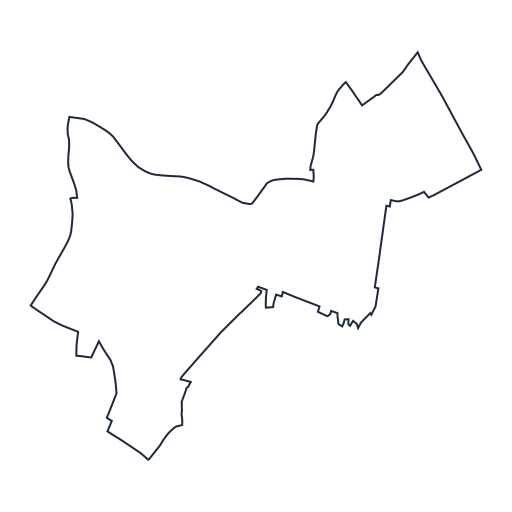 the district of Ba Dinh, Ha Noi, Vietnam
{"feature_id": "81297802B78295235973409", "entity_name": "Ba Dinh", "entity_type": "district", "adm_level": 2, "iso_a3": "VNM", "parent_name": "Vietnam", "parent_adm1": "Ha Noi", "projection": "equal_earth", "projection_center": [105.824, 21.035], "detail": "fine", "context": "isolated", "style": "outline", "palette": "slate", "viewbox_px": 512, "rotation_deg": 0, "n_neighbors": 0, "source": "geoboundaries", "source_scale": "gbopen_adm2", "svg_char_len": 4403}
<svg xmlns="http://www.w3.org/2000/svg" viewBox="0 0 512 512"><path d="M481.3,169.8L473.3,153.4L462.0,133.1L441.9,95.8L421.0,60.1L417.7,52.3L408.0,64.5L402.7,72.1L381.4,93.0L378.5,95.0L376.5,94.9L375.3,95.7L373.9,96.9L363.2,104.6L362.1,105.4L360.7,103.4L359.1,100.9L356.0,96.6L354.0,93.5L352.1,90.7L345.8,82.1L344.7,83.1L342.5,85.3L338.0,90.7L336.4,93.4L332.5,102.5L330.1,107.3L328.2,110.1L327.4,111.7L326.4,113.2L324.9,115.3L322.6,118.2L318.7,122.7L318.0,123.6L317.4,124.7L317.0,126.0L316.4,129.9L315.8,133.8L314.0,151.5L313.4,155.5L313.2,156.6L312.7,158.6L312.1,160.5L310.8,165.3L310.5,166.6L310.4,168.0L310.4,170.0L310.9,169.9L313.4,169.8L313.7,177.4L313.4,181.5L304.3,179.4L301.3,179.1L298.1,178.9L295.4,178.9L292.7,178.8L285.5,178.7L282.9,179.0L277.5,179.5L274.5,179.9L273.1,180.3L271.3,180.8L267.1,183.1L265.7,185.1L257.0,197.1L252.2,203.4L250.8,203.9L249.4,204.0L242.5,202.8L240.2,201.6L238.8,200.9L237.9,200.4L234.3,198.5L230.3,196.5L226.8,194.8L224.8,193.8L222.6,192.7L213.4,188.2L213.0,188.0L210.5,186.5L209.3,185.9L208.4,185.5L208.1,185.4L206.2,184.5L203.3,183.2L202.4,182.8L199.9,181.6L197.6,180.9L194.5,179.9L188.8,178.1L186.4,177.6L184.7,177.2L184.1,177.1L183.0,176.9L180.7,176.5L179.6,176.5L178.8,176.4L175.9,176.3L173.8,176.2L171.7,176.1L169.5,175.9L166.1,175.7L164.1,175.6L162.7,175.5L161.7,175.4L155.4,174.7L153.4,174.3L150.8,173.7L147.5,172.3L147.0,172.1L145.5,171.4L144.2,170.8L143.9,170.6L142.4,169.6L141.1,168.8L139.6,167.9L138.4,167.2L136.6,165.5L134.2,163.3L131.7,160.9L128.3,156.7L125.8,153.6L124.3,151.6L124.0,151.1L123.7,150.8L121.9,148.4L119.1,144.5L118.7,144.0L117.2,142.0L113.0,136.5L111.9,135.5L110.0,133.7L108.2,132.2L106.7,131.2L105.7,130.5L104.8,129.9L103.7,129.2L102.8,128.7L101.6,127.9L100.5,127.2L99.2,126.5L98.4,126.0L97.6,125.5L94.9,123.9L94.3,123.5L93.4,123.0L90.5,121.6L84.3,119.0L82.9,118.8L82.2,118.7L81.4,118.6L80.0,118.4L79.3,118.3L78.0,118.1L73.5,117.5L69.3,116.9L68.8,119.6L68.3,122.3L68.2,123.1L68.0,124.1L67.6,128.0L67.7,134.0L67.9,134.8L68.1,135.5L68.2,136.1L68.4,136.9L68.9,139.0L69.2,144.8L69.0,148.6L68.9,150.1L68.4,154.7L68.2,161.4L68.2,163.6L68.3,165.8L68.7,168.0L69.5,170.8L69.6,171.3L71.2,175.6L73.2,181.0L74.6,184.9L75.8,188.9L76.3,190.7L76.6,193.4L76.6,193.5L77.2,197.9L72.0,197.9L70.3,198.7L71.1,201.1L71.8,205.2L72.5,212.3L72.6,215.6L72.2,221.7L71.2,231.2L70.2,235.7L68.1,240.8L64.8,247.1L59.1,257.1L55.3,263.9L47.4,280.3L44.4,285.2L35.9,297.5L30.7,305.5L31.9,306.5L37.4,310.3L54.1,321.5L61.1,325.0L62.9,325.8L78.1,331.8L76.6,344.4L76.4,351.4L76.3,355.7L80.6,356.1L91.2,357.5L98.9,341.3L103.4,349.2L106.3,353.7L110.7,360.4L111.9,363.7L113.0,366.0L114.4,374.8L115.5,381.9L116.0,386.8L116.5,393.4L108.6,413.5L106.8,417.7L108.5,418.9L110.3,420.1L111.8,421.0L111.5,421.6L109.2,427.1L107.5,431.4L112.0,434.3L116.0,436.8L123.0,441.2L124.0,441.9L126.5,443.6L131.2,446.7L133.2,448.1L140.5,453.0L141.0,453.4L141.5,453.8L148.2,459.7L149.3,458.9L159.8,445.7L162.6,441.1L165.3,437.2L168.0,433.7L170.8,430.8L173.3,428.6L174.9,427.3L176.4,426.5L182.2,425.0L182.3,419.9L181.5,414.0L182.0,411.0L181.9,408.9L181.7,401.7L182.8,398.7L184.1,395.2L185.1,392.6L186.0,389.7L186.6,387.8L188.2,386.8L189.4,384.3L190.8,382.0L190.4,381.9L190.0,381.8L187.3,381.0L181.2,379.4L180.6,379.3L180.7,378.7L181.4,377.2L185.2,372.7L195.9,360.5L220.8,332.4L221.9,331.3L240.0,313.3L241.5,312.1L247.6,306.1L250.2,303.7L250.7,303.2L251.5,302.4L252.1,301.8L253.0,300.9L253.2,300.7L254.1,299.9L254.4,299.5L254.9,299.1L256.1,297.9L257.6,296.3L259.2,294.8L260.3,293.7L261.0,292.5L261.2,291.0L259.7,290.2L256.7,288.9L258.1,286.7L266.7,289.9L266.0,296.7L265.7,304.6L265.9,307.7L273.1,307.1L273.6,303.3L276.1,294.6L279.0,295.5L281.8,296.4L282.8,292.0L283.5,292.3L285.1,292.9L295.5,297.2L311.7,303.4L319.5,306.4L317.9,311.8L323.9,314.6L326.2,315.7L326.6,315.9L327.6,316.2L329.1,315.0L330.3,314.0L331.1,310.9L337.5,313.2L337.5,316.8L337.9,318.5L338.2,322.3L338.6,324.2L342.2,326.4L343.5,323.6L344.7,319.4L348.5,319.2L348.4,324.4L350.1,325.8L353.0,320.9L356.8,323.9L358.1,328.1L361.1,322.4L370.3,313.1L371.3,314.8L375.5,306.5L378.4,288.4L374.8,287.4L379.7,253.9L379.8,253.1L379.8,252.7L386.4,205.7L389.9,206.5L390.4,202.5L390.8,200.1L391.9,200.4L392.1,200.4L396.8,201.3L398.4,201.3L399.0,201.3L401.7,200.7L404.9,199.6L406.7,199.0L409.1,198.1L413.0,196.6L418.5,194.5L424.0,191.8L424.8,192.8L425.9,194.2L428.6,197.6L433.2,195.5L481.3,169.8Z" fill="none" stroke="#1e293b" stroke-width="2"/></svg>